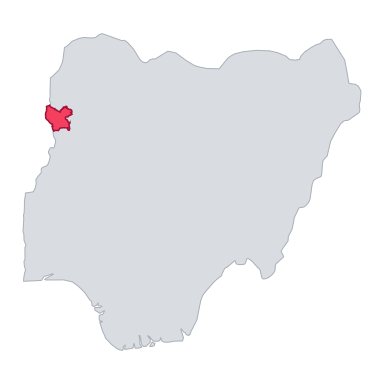 Bagudu, Kebbi, Nigeria (highlighted)
{"feature_id": "59680162B25890229119009", "entity_name": "Bagudu", "entity_type": "district", "adm_level": 2, "iso_a3": "NGA", "parent_name": "Nigeria", "parent_adm1": "Kebbi", "projection": "natural_earth1", "projection_center": [4.112, 11.314], "detail": "fine", "context": "in_parent", "style": "filled", "palette": "rose", "viewbox_px": 384, "rotation_deg": 0, "n_neighbors": 0, "source": "geoboundaries", "source_scale": "gbopen_adm2", "svg_char_len": 6593}
<svg xmlns="http://www.w3.org/2000/svg" viewBox="0 0 384 384"><path d="M331.6,39.3L344.7,60.0L347.6,75.4L348.7,82.9L350.9,83.8L354.9,84.2L357.8,85.7L359.6,88.3L360.7,90.6L361.0,92.0L360.2,101.2L359.2,104.5L359.8,109.1L359.7,111.0L359.3,112.3L357.5,113.9L355.0,115.4L349.2,119.7L347.5,120.4L345.1,120.5L343.0,121.6L340.5,124.0L335.1,132.8L330.5,141.6L327.2,155.9L323.1,160.4L322.4,164.4L321.8,173.3L321.2,176.0L320.6,176.8L316.2,178.5L313.6,180.5L312.1,184.6L310.2,198.3L309.6,200.6L308.1,203.0L305.9,205.5L303.9,207.0L298.9,207.9L294.1,218.2L294.0,220.0L292.0,229.4L288.3,236.5L288.0,241.1L283.4,247.3L281.0,251.5L283.5,256.0L283.7,256.7L275.8,264.2L275.3,265.3L275.0,270.5L274.3,271.9L272.9,273.8L270.7,275.9L268.5,277.5L266.1,278.6L263.7,279.0L262.3,278.4L261.6,276.8L260.2,270.5L259.5,269.1L258.0,267.9L251.8,260.9L248.1,258.4L247.3,258.6L246.6,259.3L245.6,262.8L244.6,264.1L242.6,264.5L239.2,264.6L236.7,264.1L236.1,263.4L234.9,260.6L227.3,267.0L224.6,268.4L221.2,275.9L216.4,279.7L213.1,282.9L204.2,293.2L202.4,296.2L200.7,300.7L196.9,319.9L190.8,331.9L190.0,334.5L189.6,334.4L188.8,335.5L186.4,334.8L185.3,332.6L183.9,332.2L181.3,328.9L180.8,329.5L183.5,337.8L182.5,341.0L175.0,341.1L168.5,342.2L164.0,342.1L161.8,340.9L160.8,337.8L160.4,338.1L160.2,339.8L158.8,341.1L153.8,341.3L151.6,339.2L149.8,336.9L147.9,335.8L148.2,336.8L150.4,339.1L150.1,342.4L146.1,346.3L143.5,346.5L141.9,344.9L141.1,342.1L140.7,338.1L139.7,335.5L139.1,335.5L139.8,339.9L139.8,343.9L141.7,347.1L138.8,348.1L135.3,348.2L134.8,347.0L134.4,344.4L133.8,343.7L133.0,348.1L125.8,349.4L124.8,349.2L124.5,348.4L125.1,347.1L125.0,345.2L123.4,346.7L123.1,349.8L122.2,350.3L119.4,349.8L116.4,348.2L111.5,344.4L105.5,338.1L104.5,335.2L102.8,331.8L99.7,322.2L100.3,321.8L101.7,322.3L102.3,321.4L99.8,320.7L99.3,320.0L99.1,317.9L99.3,315.3L103.0,314.0L103.9,312.4L104.4,310.8L99.8,313.2L95.4,310.5L94.5,308.9L94.9,307.6L100.0,307.5L101.8,306.3L100.7,305.9L98.7,305.9L98.0,305.1L98.1,303.1L97.5,303.6L96.6,305.3L93.7,306.6L92.0,305.3L91.8,302.4L91.4,301.2L90.0,300.2L84.8,292.6L78.4,286.3L72.6,282.0L63.9,279.9L45.8,280.0L44.7,279.4L45.9,278.4L47.4,277.7L53.3,274.2L52.3,273.8L46.2,276.0L44.2,276.2L41.5,280.4L23.6,281.3L23.6,279.4L24.4,273.8L25.5,270.0L24.3,265.4L24.0,261.2L24.8,259.9L25.0,258.3L24.9,247.5L25.8,245.9L25.8,244.8L24.0,240.2L24.0,236.7L23.7,233.3L23.0,231.7L23.8,218.5L23.5,215.3L24.1,213.0L24.4,207.3L24.4,201.7L25.6,193.0L33.3,191.8L35.1,188.4L36.2,184.0L35.9,179.7L38.3,175.9L41.3,172.6L41.2,168.9L42.1,167.8L43.5,166.9L45.5,166.5L47.8,164.6L49.1,161.4L50.3,156.3L48.4,152.7L48.4,151.9L49.1,150.0L50.3,148.1L51.3,147.5L53.5,148.0L54.2,147.2L55.7,141.5L55.5,140.0L53.5,136.2L52.3,126.0L51.7,124.6L50.1,122.8L45.9,115.5L45.9,112.1L47.7,107.7L48.9,105.6L50.5,104.4L50.9,103.4L50.4,102.2L49.6,101.3L49.4,99.3L50.2,96.6L50.0,93.6L50.4,78.1L53.8,75.0L58.9,70.0L61.5,64.7L62.8,60.7L64.5,47.5L67.2,46.0L72.3,41.2L79.1,38.4L83.6,37.5L91.4,38.0L95.4,37.6L98.8,34.9L100.3,34.2L102.5,33.7L122.0,40.7L123.8,40.3L125.3,40.8L127.7,42.6L133.5,49.1L139.6,59.0L141.5,61.1L143.4,62.3L145.3,62.7L146.7,62.6L148.1,61.6L150.0,59.7L152.9,58.9L155.2,59.0L167.4,51.4L168.6,51.3L176.0,53.0L186.3,60.6L194.6,65.6L200.5,67.3L207.4,68.5L219.1,68.8L227.9,58.1L231.1,55.8L235.1,53.7L243.3,51.7L256.9,50.3L269.7,50.9L277.7,52.7L286.1,56.2L289.7,59.6L295.4,60.1L299.5,59.5L300.8,56.2L304.8,51.8L310.9,47.7L315.9,44.9L320.0,43.6L323.6,40.4L326.5,39.4L331.6,39.3ZM154.3,345.6L151.5,346.6L149.7,346.4L152.2,342.0L153.4,343.0L155.0,343.3L154.3,345.6Z" fill="#d9dde1" stroke="#a8b0b8" stroke-width="1"/><path d="M55.0,109.2L54.9,108.6L54.6,108.6L54.0,108.6L51.6,107.4L51.2,107.1L50.7,106.9L50.4,106.7L50.1,106.3L50.0,106.1L49.9,106.0L49.9,105.7L49.9,105.3L49.8,105.2L49.7,105.3L49.4,105.5L48.8,105.7L48.2,105.9L47.0,106.2L46.5,106.5L46.6,107.3L46.6,108.0L46.6,109.0L46.5,109.9L46.5,111.3L45.8,112.8L45.6,113.6L45.5,114.4L45.8,118.2L45.9,118.5L46.0,118.7L46.1,118.8L46.3,118.9L46.5,119.0L46.7,119.3L47.1,119.9L47.4,120.1L48.0,120.3L49.1,121.9L49.9,122.8L50.1,122.9L50.2,123.0L50.3,123.1L50.5,123.3L50.7,123.5L50.8,123.6L51.0,123.8L51.3,123.8L51.5,123.9L51.9,123.9L52.1,124.0L52.5,124.2L52.5,124.3L52.4,124.4L52.5,124.5L52.5,124.8L52.4,124.9L52.4,125.1L52.4,125.4L52.5,125.5L52.8,125.9L52.7,126.0L52.7,126.5L52.5,126.9L52.4,126.9L52.5,127.0L52.5,127.5L52.4,127.9L53.1,129.8L53.8,131.2L54.8,130.4L58.5,130.5L59.0,129.7L60.2,128.0L60.3,128.0L62.3,127.9L62.6,127.8L63.2,127.7L65.1,127.8L65.6,127.8L66.4,127.9L66.7,128.0L66.9,127.9L67.0,127.9L67.3,127.8L67.5,127.8L67.9,127.8L67.9,128.0L67.8,128.3L67.8,128.5L67.7,128.7L67.6,128.9L67.8,129.2L67.8,129.4L68.0,129.6L68.2,129.9L68.2,130.1L68.9,130.3L69.3,130.2L69.4,129.8L69.4,129.6L69.6,129.1L69.7,128.5L69.6,128.2L69.5,127.5L69.4,127.1L69.4,126.9L69.3,126.7L69.2,126.5L69.3,126.4L69.2,126.2L69.2,125.9L69.2,125.7L69.1,125.4L69.0,125.2L69.1,124.8L69.2,124.6L69.1,124.4L69.0,124.2L69.0,123.8L69.1,123.7L69.3,123.5L69.4,123.4L69.5,123.4L69.8,123.4L69.9,123.2L69.9,122.9L69.9,122.6L69.7,122.9L69.5,123.0L69.4,123.0L69.4,122.9L69.1,122.9L68.9,122.8L68.9,122.7L68.8,122.4L68.7,122.2L68.3,122.0L68.2,121.9L67.9,121.9L67.7,121.8L67.7,121.7L67.7,121.4L67.8,121.2L67.7,121.0L67.7,120.9L67.5,120.7L67.4,120.5L67.4,120.4L67.3,120.2L67.2,120.1L67.1,119.9L67.0,119.7L66.9,119.7L66.7,119.7L66.4,119.7L66.2,119.5L66.2,119.4L65.9,119.3L65.8,119.2L65.7,119.1L65.5,118.9L65.5,118.7L65.4,118.5L65.4,118.4L65.4,118.1L65.4,117.9L65.4,117.7L65.7,117.2L65.9,117.0L66.0,116.8L66.5,116.7L66.9,116.7L67.0,116.8L67.3,116.9L67.5,116.7L67.7,116.8L67.7,116.6L67.9,116.5L68.1,116.3L68.8,116.0L69.2,115.6L69.5,115.3L70.8,115.1L71.0,114.9L71.2,114.1L71.9,114.1L71.6,113.3L71.3,112.8L70.9,112.4L71.9,112.1L71.9,111.1L71.8,110.8L71.7,110.7L71.5,110.2L71.3,110.1L71.2,110.1L71.1,109.9L70.7,109.5L70.5,109.4L70.1,109.5L69.7,109.5L69.2,109.4L68.8,109.2L68.5,109.0L67.4,108.4L67.1,107.6L66.8,106.8L66.7,106.9L66.4,106.9L66.4,106.7L66.5,106.5L66.5,106.4L66.4,106.4L66.2,106.4L66.2,106.5L66.2,106.8L65.9,106.7L65.9,106.8L65.9,107.0L66.0,107.0L65.9,107.1L65.9,107.3L65.8,107.2L65.7,107.2L65.6,107.3L65.4,107.3L65.2,107.3L65.2,107.2L64.9,107.1L64.7,107.0L64.7,106.9L63.6,107.1L63.3,107.2L63.3,107.3L63.4,108.1L63.4,108.3L62.5,108.4L62.3,108.5L62.1,108.8L62.0,109.4L61.9,109.4L61.6,109.8L61.4,109.6L61.1,109.8L60.8,110.1L60.7,110.3L60.5,110.9L60.3,111.4L60.1,112.1L59.5,111.7L59.2,111.5L59.1,111.3L58.9,111.4L58.6,111.4L58.3,111.3L58.0,111.2L57.6,110.9L57.1,110.6L56.9,110.5L56.8,110.2L56.7,110.2L56.4,110.0L56.3,109.9L56.2,109.9L55.9,109.8L55.7,109.8L55.2,109.8L54.9,109.7L55.0,109.2Z" fill="#f43f5e" stroke="#9f1239" stroke-width="1.5"/></svg>